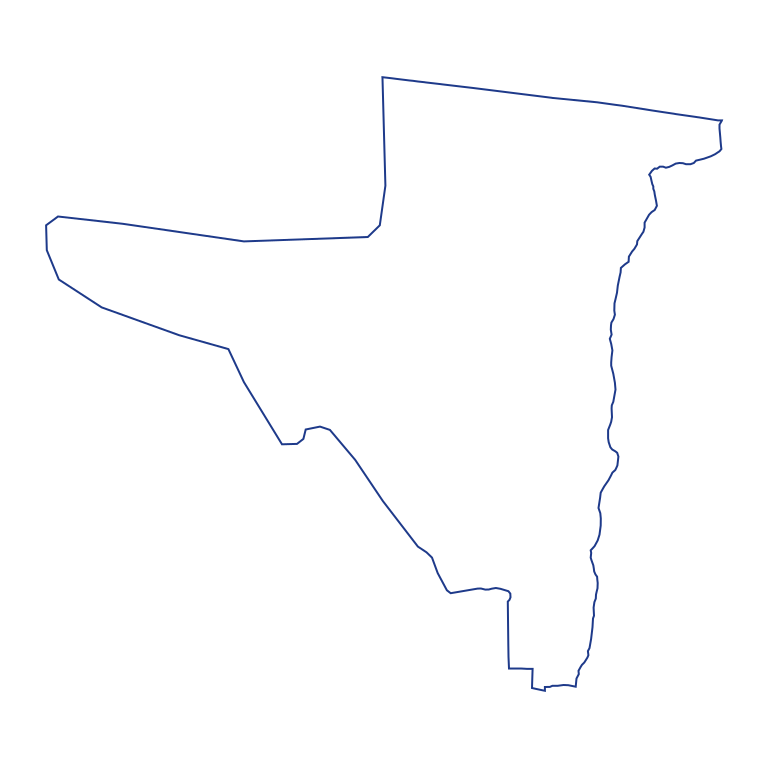 Karrari, Khartoum, Sudan
{"feature_id": "16777658B93959590111568", "entity_name": "Karrari", "entity_type": "district", "adm_level": 2, "iso_a3": "SDN", "parent_name": "Sudan", "parent_adm1": "Khartoum", "projection": "mercator", "projection_center": [32.496, 16.026], "detail": "fine", "context": "isolated", "style": "outline", "palette": "blue", "viewbox_px": 768, "rotation_deg": 0, "n_neighbors": 0, "source": "geoboundaries", "source_scale": "gbopen_adm2", "svg_char_len": 2934}
<svg xmlns="http://www.w3.org/2000/svg" viewBox="0 0 768 768"><path d="M382.4,77.2L382.5,78.4L385.4,185.7L379.8,225.3L367.8,237.0L243.9,241.4L122.8,223.8L58.0,216.5L46.1,225.3L46.8,250.2L58.8,279.5L101.7,307.4L179.1,335.2L228.4,349.1L243.9,382.1L282.0,444.3L297.0,443.9L303.4,438.9L305.7,429.5L320.0,426.6L329.9,429.9L355.2,459.9L382.9,501.1L417.9,546.6L426.5,552.3L432.0,557.6L437.7,573.1L446.9,590.3L450.7,593.2L477.6,588.6L480.9,588.5L485.3,589.6L488.8,589.5L491.7,588.7L495.9,588.0L500.4,588.8L508.4,591.2L510.3,593.6L510.5,597.3L509.5,599.8L507.8,601.6L508.3,644.3L508.5,656.9L509.0,668.5L513.0,668.5L520.4,668.5L524.3,668.7L527.4,668.9L532.6,668.9L532.5,671.8L532.3,678.1L532.0,688.0L536.0,688.9L544.9,690.8L544.9,687.0L549.9,686.9L552.4,685.8L557.7,685.8L563.5,685.0L568.3,685.2L575.7,686.7L576.5,678.5L578.8,674.1L578.5,670.8L580.5,667.2L581.9,664.9L584.3,662.5L587.4,657.6L588.4,655.2L587.9,651.1L589.5,648.1L591.1,639.0L592.5,627.2L593.0,618.5L594.0,615.7L593.6,607.6L594.4,602.1L595.8,598.6L596.0,594.6L596.7,591.5L597.5,588.3L597.7,583.0L597.3,579.6L597.1,576.7L595.5,574.5L594.2,571.5L593.8,568.4L593.3,565.3L591.5,560.3L590.7,557.7L591.2,552.9L590.7,550.3L593.0,547.9L594.6,546.1L597.7,540.4L599.5,534.7L600.7,525.6L600.8,518.5L600.3,513.2L598.5,508.0L600.1,497.8L600.7,492.7L602.5,489.4L604.2,486.4L608.5,480.2L611.0,475.5L612.4,472.6L615.3,470.0L616.4,467.7L617.4,465.4L618.4,456.6L617.2,452.8L615.3,451.3L612.2,449.5L610.4,447.3L608.7,442.2L608.1,438.3L608.1,433.5L608.1,430.0L610.3,424.4L611.2,421.7L612.0,417.2L611.6,408.5L611.8,405.3L613.3,401.8L615.5,389.6L614.9,382.7L613.3,373.8L611.2,365.7L611.2,362.4L611.6,356.9L612.4,350.4L611.2,343.9L609.8,338.8L611.6,334.6L610.8,329.7L611.0,325.4L611.4,322.6L613.5,319.1L614.9,314.7L614.3,310.6L614.5,303.3L615.5,299.2L617.0,292.7L617.8,285.6L619.6,276.7L620.6,272.4L620.9,267.9L625.0,264.3L628.6,261.8L628.9,256.6L632.1,251.5L634.4,248.8L637.0,244.4L637.3,241.1L642.0,233.8L643.4,231.8L644.6,227.5L644.6,222.6L649.1,214.7L651.6,212.1L654.7,210.0L656.9,205.8L656.0,200.6L654.8,194.8L654.3,191.4L653.3,188.8L653.3,186.4L652.3,184.2L651.4,180.4L650.6,176.8L649.2,174.7L651.9,170.9L654.6,168.5L657.1,168.7L659.7,166.7L663.2,166.7L665.9,167.7L669.2,166.9L672.4,165.4L675.7,163.6L679.4,163.0L682.9,163.2L686.0,164.2L690.5,164.2L693.8,163.0L696.0,160.6L699.9,159.7L704.0,158.7L710.8,156.3L715.1,154.2L719.6,151.2L721.4,149.0L721.0,146.0L720.6,141.6L720.3,137.4L719.5,128.5L719.5,124.6L721.6,121.0L721.8,120.7L721.9,120.4L720.7,120.4L719.9,120.4L718.0,120.4L714.3,119.8L700.3,117.6L698.6,117.3L698.2,117.3L694.9,116.8L675.9,114.1L673.7,113.7L662.9,112.1L651.7,110.4L622.0,105.7L615.1,104.8L603.6,103.2L597.2,102.3L552.1,97.9L551.8,97.8L543.8,96.8L518.1,93.6L494.1,90.6L472.4,87.9L462.1,86.7L441.8,84.3L441.2,84.2L425.6,82.4L424.4,82.2L417.9,81.5L412.9,80.8L409.7,80.5L396.6,78.9L392.0,78.3L383.4,77.3L382.6,77.2L382.4,77.2Z" fill="none" stroke="#1e3a8a" stroke-width="2"/></svg>